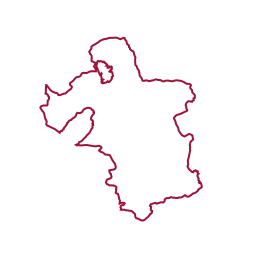 the district of Tanah Datar, Sumatera Barat, Indonesia, rotated 68°
{"feature_id": "22746128B43985885623603", "entity_name": "Tanah Datar", "entity_type": "district", "adm_level": 2, "iso_a3": "IDN", "parent_name": "Indonesia", "parent_adm1": "Sumatera Barat", "projection": "natural_earth1", "projection_center": [100.576, -0.47], "detail": "fine", "context": "isolated", "style": "outline", "palette": "rose", "viewbox_px": 256, "rotation_deg": 68, "n_neighbors": 0, "source": "geoboundaries", "source_scale": "gbopen_adm2", "svg_char_len": 5779}
<svg xmlns="http://www.w3.org/2000/svg" viewBox="0 0 256 256"><g transform="rotate(68 128 128)"><path d="M37.3,112.1L37.4,113.8L36.6,117.2L36.6,119.2L36.8,121.6L37.6,124.2L37.7,125.7L38.0,126.6L38.3,129.6L38.9,131.5L40.3,132.0L41.1,132.9L42.7,135.4L44.0,135.2L45.0,135.4L46.2,134.8L47.6,134.8L49.9,135.5L50.9,136.3L52.4,136.6L55.2,134.0L55.9,133.9L58.2,136.5L61.8,135.8L62.4,136.2L63.5,136.4L61.7,140.6L61.3,142.7L61.6,145.3L61.1,146.9L60.3,148.1L60.0,149.9L60.2,150.6L61.0,151.3L62.0,152.9L62.1,154.4L61.6,156.4L61.8,157.5L63.8,161.5L64.7,164.9L65.4,165.5L66.1,165.6L68.3,164.6L68.9,164.6L70.3,165.9L71.3,170.1L72.4,172.4L72.5,173.0L72.1,174.7L72.0,178.9L71.3,180.2L69.4,180.5L68.3,181.6L68.1,182.3L65.5,184.8L63.6,185.8L57.8,187.4L57.6,187.8L58.4,188.1L59.0,188.8L60.0,188.9L61.5,189.8L64.4,190.9L65.2,191.6L66.7,190.0L67.2,190.1L68.2,189.9L69.0,190.1L69.6,189.6L70.2,189.7L71.7,190.6L72.7,192.2L74.4,193.1L76.2,193.8L76.8,194.8L75.5,197.6L75.3,199.8L75.5,200.9L76.4,201.7L79.5,201.2L81.7,200.4L83.1,200.4L88.2,201.2L91.4,200.9L93.9,202.4L95.0,202.3L101.9,196.0L106.8,193.1L105.7,191.9L105.7,191.5L106.1,191.0L106.1,190.5L105.5,189.8L105.1,189.1L105.1,188.2L104.8,187.8L104.3,187.8L103.7,187.0L103.4,186.1L102.2,184.2L101.4,183.0L100.6,182.5L100.4,181.4L99.9,181.1L99.2,179.9L99.2,177.2L98.5,176.3L98.1,173.9L97.1,171.6L95.6,170.4L94.9,169.3L95.6,168.4L96.2,166.9L96.2,165.5L95.9,164.5L94.2,162.1L94.0,159.0L94.2,157.4L95.8,155.2L96.6,154.8L97.4,154.8L98.4,153.8L99.4,153.6L100.4,154.1L100.7,153.6L101.4,153.8L102.1,154.6L103.1,156.6L104.4,158.1L105.5,158.8L106.4,159.0L107.2,158.7L107.6,158.1L108.9,157.9L110.3,159.2L110.8,158.8L111.4,159.0L111.7,159.5L112.4,159.3L112.9,160.3L114.6,160.8L115.1,162.1L117.6,164.8L118.4,166.2L119.4,169.1L120.3,170.1L120.9,172.1L122.8,176.0L122.8,178.6L124.0,179.7L124.2,182.5L124.8,182.1L125.6,179.9L126.6,178.0L128.1,173.0L132.7,165.4L133.7,161.4L135.3,160.1L136.0,159.9L136.4,160.0L137.3,161.6L137.3,162.4L138.1,163.3L139.0,162.6L139.7,162.5L141.1,160.7L141.7,160.3L141.5,160.2L141.7,160.3L144.1,159.0L145.1,156.9L146.5,155.0L152.0,154.5L156.3,153.5L159.5,153.9L160.3,154.3L161.1,155.5L161.2,156.4L160.2,161.2L161.8,161.7L163.9,161.4L164.1,161.1L167.3,161.6L167.9,162.5L168.1,164.3L167.9,166.3L168.2,167.1L170.3,168.9L172.2,168.5L173.3,167.3L174.2,166.9L174.9,164.9L175.7,163.5L175.8,162.8L177.0,162.0L177.3,161.4L178.5,160.9L179.1,161.1L180.2,162.1L180.9,162.0L183.4,163.7L184.2,163.4L185.0,162.1L185.6,162.0L187.6,162.3L188.2,162.2L189.0,162.5L191.0,162.8L192.4,162.7L194.9,164.1L194.9,162.6L195.3,160.9L196.0,159.6L196.6,159.3L197.8,161.1L197.3,162.4L197.6,163.9L198.6,164.7L200.1,164.5L201.0,165.3L201.5,164.6L202.4,161.9L203.1,161.3L206.3,155.8L210.2,153.8L213.5,154.5L214.3,154.3L215.4,153.3L216.1,152.4L218.5,150.4L219.4,148.8L219.3,146.7L218.5,144.8L218.0,142.9L216.4,139.9L216.0,139.7L216.0,138.4L215.5,137.8L214.7,137.0L213.8,136.7L213.3,137.4L212.8,137.6L211.7,137.2L210.0,136.2L209.6,136.1L208.4,136.8L207.7,136.2L207.3,135.1L207.6,130.7L207.9,130.3L208.8,130.0L209.3,125.0L210.3,123.0L210.0,122.4L209.2,121.2L208.2,120.8L207.7,120.0L207.5,118.2L208.1,117.0L208.4,115.9L208.1,114.2L209.6,112.2L210.0,110.9L210.7,110.0L211.5,108.4L211.4,106.8L212.1,105.5L212.4,103.7L211.6,100.4L212.0,99.9L213.3,99.4L214.3,97.9L214.1,96.1L213.5,93.5L213.1,92.8L213.3,90.4L213.0,88.6L212.4,86.8L211.2,85.7L211.4,84.7L211.0,84.1L210.5,81.8L208.5,81.2L206.2,81.1L205.8,82.5L205.2,82.6L205.0,81.7L204.6,81.6L204.3,82.2L203.6,81.9L203.4,82.2L202.6,82.2L201.8,81.9L201.4,81.4L199.0,81.7L198.3,81.6L197.1,80.7L196.9,79.8L196.2,80.3L195.7,80.1L194.9,80.2L194.6,79.6L194.2,79.6L193.7,80.9L192.7,81.0L192.5,81.3L192.8,81.9L192.6,83.2L193.5,84.1L192.8,85.1L189.1,86.9L186.2,87.3L185.4,86.9L184.8,86.1L183.0,85.4L180.9,84.9L179.9,84.2L178.2,82.8L171.6,78.5L170.3,78.4L169.3,77.6L167.1,77.2L166.4,76.8L164.1,75.0L163.1,72.0L158.9,71.1L157.0,72.7L156.4,73.9L157.0,78.0L156.9,79.0L154.8,80.7L151.2,81.7L149.2,81.9L146.7,81.4L142.3,82.0L139.6,81.5L136.5,81.8L135.6,81.3L134.3,78.7L134.2,77.5L134.6,75.0L134.2,67.6L134.0,66.5L133.3,66.3L131.5,66.6L129.9,65.9L128.6,66.1L127.0,64.8L126.1,63.3L125.8,62.1L126.3,60.9L127.7,58.9L127.7,58.7L126.9,58.2L126.9,56.7L125.1,56.2L125.2,54.9L122.8,53.8L121.7,53.9L119.6,54.9L118.8,55.0L116.8,54.5L114.6,55.3L113.3,55.0L112.0,53.6L111.1,53.8L110.4,54.4L108.5,57.5L106.1,59.2L104.0,61.4L102.1,64.8L101.6,66.3L101.3,69.3L100.8,70.4L99.1,73.0L98.3,74.9L98.2,77.5L97.4,78.6L95.6,80.1L94.8,82.0L93.5,83.6L93.2,85.2L93.3,86.8L92.9,88.0L92.6,90.7L90.7,93.1L90.5,93.6L90.3,95.5L89.5,96.8L86.3,96.8L84.7,97.4L83.5,97.5L81.0,96.7L80.5,96.8L78.7,96.4L76.6,97.0L74.2,96.8L72.1,97.5L67.2,95.8L65.2,94.6L63.4,94.8L59.5,94.3L59.0,94.4L57.6,95.6L55.7,96.6L54.4,96.3L53.5,96.8L51.6,96.3L50.0,97.3L46.7,97.0L44.4,97.7L43.2,97.5L42.8,98.2L42.8,101.8L39.9,104.8L37.3,112.1ZM57.9,125.9L58.3,125.0L58.9,124.7L59.4,124.9L59.7,124.5L60.2,124.4L60.7,123.9L61.1,123.8L61.7,124.2L62.0,123.6L62.4,123.5L62.5,124.2L62.8,123.7L63.5,124.1L63.9,123.9L64.5,124.2L64.6,123.7L64.8,123.5L64.6,122.8L64.8,122.3L64.3,121.8L64.8,121.4L64.7,120.6L65.5,120.2L66.1,120.3L66.6,120.8L67.3,120.9L67.5,121.5L67.4,122.2L68.3,122.6L68.3,122.2L68.5,122.4L68.4,123.1L68.7,123.1L68.9,123.9L69.3,123.5L69.4,122.8L69.9,122.0L71.2,121.9L74.3,122.5L74.7,124.0L75.9,124.2L76.5,125.0L76.9,125.3L78.3,128.0L78.0,129.0L77.0,129.3L77.6,131.3L77.1,135.2L77.2,135.5L76.8,135.1L76.5,135.3L76.3,134.6L76.0,134.8L75.9,134.4L74.8,134.1L74.6,134.6L74.3,134.2L73.9,134.3L74.0,133.9L73.4,134.0L73.4,133.3L73.1,133.6L73.2,134.0L72.9,134.1L70.1,133.4L68.5,133.7L67.9,132.1L67.3,132.1L68.1,134.1L59.1,134.2L57.7,133.6L57.0,132.8L55.0,131.6L54.5,130.7L54.9,130.1L55.3,130.0L55.8,129.4L55.7,128.5L56.3,127.4L57.4,126.9L57.4,125.8L57.9,125.9Z" fill="none" stroke="#9f1239" stroke-width="2"/></g></svg>